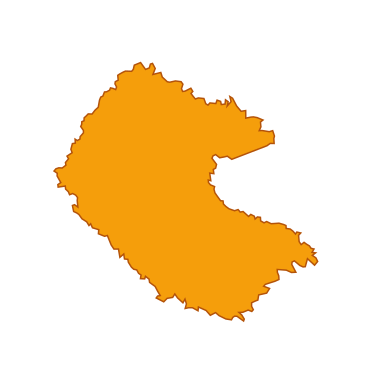 the district of Fontoura Xavier, Rio Grande do Sul, Brazil, rotated 318°
{"feature_id": "56859067B33856190340106", "entity_name": "Fontoura Xavier", "entity_type": "district", "adm_level": 2, "iso_a3": "BRA", "parent_name": "Brazil", "parent_adm1": "Rio Grande do Sul", "projection": "equal_earth", "projection_center": [-52.364, -29.018], "detail": "fine", "context": "isolated", "style": "filled", "palette": "amber", "viewbox_px": 384, "rotation_deg": 318, "n_neighbors": 0, "source": "geoboundaries", "source_scale": "gbopen_adm2", "svg_char_len": 3404}
<svg xmlns="http://www.w3.org/2000/svg" viewBox="0 0 384 384"><g transform="rotate(318 192 192)"><path d="M234.0,59.1L230.4,61.6L227.9,61.9L225.5,59.6L223.4,57.6L220.9,56.8L217.1,55.9L214.9,55.6L212.0,59.5L208.8,58.7L207.1,60.1L206.2,63.5L203.8,64.8L202.7,62.3L201.1,60.1L198.9,61.2L195.6,60.4L193.9,59.1L189.9,61.1L187.7,60.4L184.8,61.8L179.0,66.3L174.8,66.3L169.9,67.2L167.1,64.5L164.2,64.7L161.5,64.7L159.4,66.8L157.2,66.0L155.3,67.9L153.1,68.9L152.5,73.6L150.9,75.4L146.0,76.0L144.1,77.7L141.2,77.0L140.5,74.5L138.0,77.6L135.5,76.0L130.6,79.2L129.2,82.6L123.1,81.7L122.5,84.7L117.7,85.4L116.2,87.7L111.6,87.3L109.2,84.9L106.4,83.7L103.5,84.1L104.4,87.9L102.5,89.8L100.8,97.2L97.3,96.7L95.8,98.8L101.8,102.8L100.0,105.3L100.3,109.0L99.2,112.1L102.3,113.3L103.5,116.5L103.2,119.6L101.0,121.5L97.1,126.8L96.2,122.8L94.1,122.0L91.0,127.3L92.3,130.4L92.9,133.0L92.3,138.3L93.8,143.7L93.0,148.0L95.4,147.8L94.1,152.0L97.5,157.6L94.5,160.4L97.4,166.4L100.0,167.7L96.5,177.3L95.8,182.2L99.2,185.2L94.7,192.3L99.8,192.4L97.0,196.6L99.3,199.1L97.7,201.6L96.7,207.3L97.0,210.4L98.8,212.9L97.9,216.7L98.6,219.6L95.7,221.9L98.7,224.9L101.0,223.5L101.8,228.0L100.0,230.8L101.4,237.5L100.1,242.6L99.1,247.7L96.8,246.3L94.5,246.8L97.5,254.7L102.4,254.4L107.1,257.4L111.0,256.3L110.4,261.0L111.1,268.3L115.1,266.9L113.0,271.4L109.0,274.0L112.0,275.7L114.9,278.3L117.0,284.3L119.8,281.8L123.2,289.5L123.1,295.9L128.8,297.4L129.4,302.0L132.2,309.0L135.8,313.4L138.4,312.5L140.6,312.8L142.3,314.5L144.0,322.4L145.8,321.4L146.7,316.6L146.3,312.9L149.3,315.4L154.7,317.3L156.5,320.8L158.8,320.5L159.8,316.8L162.2,314.2L166.4,315.5L168.6,316.4L172.7,313.1L179.8,317.1L185.1,315.6L182.2,310.0L184.7,309.7L189.0,311.6L193.8,313.8L198.1,315.2L200.4,312.3L201.7,308.8L203.5,306.6L209.8,313.2L212.1,318.4L215.5,321.1L217.7,312.5L219.6,311.0L222.0,311.7L223.0,318.8L224.4,322.0L226.2,323.3L233.2,318.8L234.1,328.4L238.9,327.7L240.0,323.9L239.0,319.6L243.1,319.9L240.8,317.2L244.5,316.0L242.8,313.5L243.2,310.6L242.2,307.4L241.6,304.4L237.9,304.1L238.4,300.6L242.2,295.5L245.4,295.2L243.1,291.9L240.8,292.5L240.8,288.5L240.2,285.2L237.6,282.1L239.4,279.8L238.3,277.4L235.8,273.4L231.7,270.2L229.6,268.5L227.7,263.9L224.9,263.1L223.7,259.4L225.9,256.6L223.9,254.3L220.8,254.3L222.1,251.7L220.7,248.0L217.7,248.0L216.9,240.7L214.4,239.2L214.5,235.9L211.1,234.4L208.3,229.3L207.5,225.5L207.3,222.0L209.1,219.4L207.4,217.6L208.0,211.8L208.5,207.9L210.3,204.5L212.4,203.1L210.5,199.0L210.6,196.0L212.1,194.0L213.5,196.2L215.6,193.1L217.8,189.8L220.5,193.0L222.9,189.5L225.5,190.1L228.7,187.9L229.4,180.3L231.8,179.2L234.6,180.0L235.5,185.1L239.4,187.5L242.2,189.0L243.4,194.3L257.0,199.5L278.7,207.8L282.6,208.2L285.5,210.9L288.6,207.0L290.7,205.6L293.0,200.4L289.8,198.9L285.2,193.2L283.0,191.4L286.8,189.7L289.7,185.8L292.9,186.0L290.2,180.3L287.9,177.3L285.8,175.7L281.4,173.1L286.4,167.4L282.5,164.9L282.7,158.0L284.9,149.5L284.0,146.4L281.5,151.0L275.8,151.6L279.3,149.1L278.6,145.9L275.4,148.8L272.3,146.6L273.9,143.8L272.1,140.5L268.9,142.2L264.9,137.8L262.0,138.1L261.3,135.6L263.4,130.5L259.6,126.3L256.7,125.1L256.9,121.1L257.2,118.1L259.9,117.8L260.6,114.1L254.3,112.4L252.3,111.0L253.3,108.2L257.4,105.8L257.7,102.7L254.0,98.4L248.9,95.5L247.4,93.5L246.8,86.7L248.8,82.3L241.6,78.5L247.3,75.6L248.7,70.0L246.7,69.1L243.3,71.2L239.5,69.8L240.4,61.4L234.0,59.1Z" fill="#f59e0b" stroke="#b45309" stroke-width="1.5"/></g></svg>